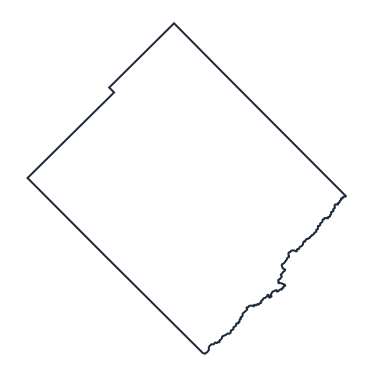 Cass, North Dakota, United States of America (Robinson projection), rotated 45°
{"feature_id": "52423323B23065259017698", "entity_name": "Cass", "entity_type": "district", "adm_level": 2, "iso_a3": "USA", "parent_name": "United States of America", "parent_adm1": "North Dakota", "projection": "robinson", "projection_center": [-96.825, 46.935], "detail": "fine", "context": "isolated", "style": "outline", "palette": "slate", "viewbox_px": 384, "rotation_deg": 45, "n_neighbors": 0, "source": "geoboundaries", "source_scale": "gbopen_adm2", "svg_char_len": 3829}
<svg xmlns="http://www.w3.org/2000/svg" viewBox="0 0 384 384"><g transform="rotate(45 192 192)"><path d="M65.8,298.4L171.7,298.6L178.5,298.6L242.3,298.4L247.9,298.4L313.5,298.2L315.5,297.2L315.6,295.9L315.9,295.2L316.0,294.3L315.6,291.7L313.9,290.2L313.3,288.5L313.4,286.0L314.7,284.7L315.1,283.6L314.7,282.7L314.9,282.0L315.0,281.8L316.1,281.5L316.4,281.0L316.3,280.2L317.4,279.1L317.4,278.5L317.2,278.2L316.6,278.0L316.4,277.0L316.7,276.4L316.7,275.4L316.4,273.8L315.5,272.9L315.5,272.6L316.9,269.4L317.0,268.2L317.3,266.8L318.6,265.9L318.8,264.3L318.6,263.7L318.2,263.4L317.4,262.4L318.1,260.9L318.2,259.6L317.3,258.9L317.1,257.8L317.3,256.9L317.6,256.3L317.6,255.4L316.5,254.1L316.5,253.5L316.9,252.6L317.3,252.5L317.6,252.1L317.0,251.4L317.0,250.8L317.4,250.5L317.4,250.3L317.2,249.9L316.2,249.0L316.0,248.3L316.3,247.3L316.1,246.8L315.2,246.6L315.1,246.4L315.0,245.8L315.5,244.7L315.4,244.0L314.9,243.3L314.4,242.8L314.0,242.5L313.8,241.9L314.2,236.3L314.0,236.0L312.6,235.4L312.3,235.0L312.4,234.7L312.9,234.3L313.2,233.6L313.0,232.6L312.9,232.1L313.6,231.2L315.3,229.3L316.0,229.4L316.4,229.3L316.5,228.9L315.9,227.7L316.0,227.4L317.1,227.1L317.6,226.5L317.7,225.9L317.5,225.4L317.5,225.0L317.6,224.8L318.5,224.6L318.8,224.3L318.8,223.8L318.5,223.2L318.7,222.5L319.2,221.7L319.2,221.3L318.8,221.0L318.3,220.8L318.0,220.4L318.0,219.3L318.3,218.8L318.3,218.4L318.2,217.9L317.8,217.2L317.8,216.5L318.4,215.6L318.8,213.6L318.8,212.5L318.5,212.1L318.2,211.3L318.5,211.0L319.8,211.4L321.0,212.0L321.4,211.9L321.8,211.2L322.1,209.8L321.9,209.4L321.4,209.4L320.9,209.7L320.4,209.4L319.5,205.6L320.4,202.9L321.2,201.7L322.1,202.3L322.6,202.3L323.2,200.8L323.1,199.7L323.4,198.2L324.4,197.7L324.4,197.3L324.0,196.9L323.9,196.8L323.8,196.3L323.9,195.8L324.3,195.1L323.7,194.6L323.6,194.2L323.6,193.9L324.1,192.9L324.1,192.4L323.7,192.0L323.3,191.9L319.9,193.3L318.5,194.2L317.7,195.2L317.1,195.1L316.7,194.0L315.7,193.8L315.5,193.7L315.3,193.2L315.3,192.1L315.8,191.0L315.3,188.6L315.0,188.0L313.6,187.9L313.2,187.6L313.3,185.6L313.1,185.1L313.0,183.4L313.3,182.3L313.2,181.7L312.6,181.1L312.2,181.1L310.2,181.8L307.5,180.6L306.9,179.9L306.8,179.3L307.4,177.3L307.4,177.1L306.7,172.6L306.1,171.5L306.1,170.5L306.5,169.9L306.5,169.2L305.6,168.5L305.3,168.6L304.1,167.7L303.4,166.9L303.3,166.5L303.3,166.1L303.6,165.7L303.9,163.9L303.7,163.6L304.7,161.7L305.6,161.1L307.5,160.5L307.9,159.9L307.8,159.5L307.0,158.7L306.9,158.2L307.0,157.7L307.7,157.3L307.8,156.8L307.7,156.1L307.2,155.4L307.1,154.7L307.7,152.8L307.6,150.7L306.7,149.7L306.1,148.4L306.2,147.7L306.8,147.5L307.0,147.2L306.9,146.7L306.4,146.2L306.2,144.5L306.3,144.2L307.0,143.7L307.1,143.4L306.9,142.6L307.5,141.9L307.6,140.9L307.3,140.5L307.2,140.0L307.7,138.6L307.2,137.9L307.4,137.3L307.8,136.6L307.8,135.0L307.4,134.5L307.4,134.0L307.9,132.8L307.9,132.2L307.7,131.8L306.9,131.3L306.6,130.9L306.8,130.2L307.2,129.5L307.0,128.8L305.3,127.3L305.2,126.8L305.5,126.3L305.9,126.1L306.0,125.6L306.1,124.8L305.2,124.0L304.9,123.3L305.2,122.2L305.2,121.5L305.0,120.4L304.2,119.6L303.9,119.0L304.6,118.0L304.6,117.4L304.3,117.0L304.2,116.7L305.1,115.5L306.6,114.7L306.7,114.4L306.6,114.2L306.1,113.7L306.0,113.4L306.2,113.0L306.7,112.4L306.8,111.6L306.1,110.9L306.2,109.6L305.9,109.1L304.7,108.1L304.6,107.7L304.7,107.3L305.4,106.3L305.5,105.8L305.4,105.4L305.1,105.0L304.5,104.8L304.2,104.4L303.9,103.8L303.9,103.5L304.3,102.6L304.2,102.3L303.7,101.6L302.7,101.1L302.3,100.7L302.1,100.1L302.2,99.5L302.4,99.0L303.8,98.0L304.0,97.7L303.6,97.1L303.1,96.8L303.1,96.5L303.6,95.8L303.6,95.4L303.6,94.9L302.8,93.8L303.0,92.7L302.9,92.1L302.3,91.7L302.0,91.1L302.1,90.7L303.0,90.1L303.0,89.9L302.5,89.2L302.5,88.3L302.9,87.5L303.6,87.2L303.8,86.8L303.8,86.3L303.6,86.1L131.1,85.8L60.0,85.4L59.6,176.7L66.5,176.7L65.8,298.4Z" fill="none" stroke="#1e293b" stroke-width="2"/></g></svg>